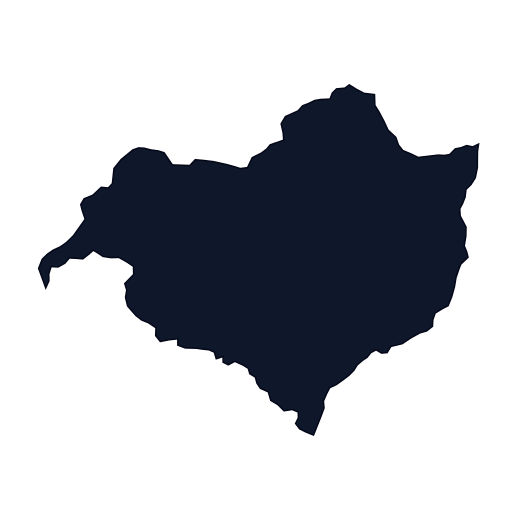 the district of Nova Independência, São Paulo, Brazil, rotated 3°
{"feature_id": "56859067B6334464866649", "entity_name": "Nova Independência", "entity_type": "district", "adm_level": 2, "iso_a3": "BRA", "parent_name": "Brazil", "parent_adm1": "São Paulo", "projection": "orthographic", "projection_center": [-51.514, -21.141], "detail": "fine", "context": "isolated", "style": "filled", "palette": "ink", "viewbox_px": 512, "rotation_deg": 3, "n_neighbors": 0, "source": "geoboundaries", "source_scale": "gbopen_adm2", "svg_char_len": 2256}
<svg xmlns="http://www.w3.org/2000/svg" viewBox="0 0 512 512"><g transform="rotate(3 256 256)"><path d="M340.2,80.2L336.0,83.7L327.7,84.9L323.7,89.2L321.7,95.4L312.5,96.3L306.6,97.6L300.2,101.1L294.7,103.5L290.4,108.9L278.1,115.2L274.2,122.7L276.7,131.6L277.6,138.9L264.4,144.2L261.1,148.7L256.1,152.9L247.1,158.0L242.9,168.2L235.6,169.5L229.5,167.9L222.2,166.3L208.5,164.0L199.6,163.4L190.3,163.0L185.1,169.1L167.7,169.4L158.8,157.7L153.0,156.2L145.6,155.6L138.6,154.2L133.1,154.2L127.5,156.5L116.3,166.7L109.6,176.0L108.8,191.2L104.9,195.8L97.9,195.5L89.8,203.9L81.4,207.8L78.3,213.8L80.3,220.1L83.5,228.2L72.5,245.5L65.8,252.7L60.0,257.2L53.5,260.6L47.7,265.0L42.7,270.4L39.6,279.7L47.7,298.9L50.5,291.7L50.0,284.8L51.9,277.3L58.9,277.3L65.5,273.2L69.7,267.7L76.9,267.7L83.2,267.9L88.7,263.1L93.2,258.7L98.2,261.4L103.2,264.4L111.1,265.2L119.2,264.6L127.6,268.8L134.2,272.8L134.8,280.8L130.3,286.0L126.4,290.4L128.7,296.7L127.9,304.2L130.4,312.6L134.6,317.0L139.3,321.8L145.4,326.0L151.9,328.2L159.9,332.9L160.0,340.8L164.9,346.4L174.0,344.1L182.3,342.8L182.6,349.1L190.1,351.5L201.1,351.2L207.7,351.8L213.9,352.1L219.4,354.2L221.7,360.7L228.4,358.1L228.7,363.8L234.0,366.1L240.4,362.3L248.8,365.6L254.2,368.6L256.0,373.9L261.7,377.0L263.6,382.9L267.4,388.0L275.4,391.0L278.3,399.4L285.7,403.3L292.1,409.1L300.2,407.4L306.3,409.6L306.8,415.4L304.3,421.2L308.6,426.3L315.0,429.1L322.8,431.8L329.2,412.9L331.9,404.2L330.9,397.4L333.7,389.8L336.5,383.6L342.9,380.2L349.6,374.9L355.2,370.1L359.7,365.0L362.8,359.4L368.0,354.5L372.2,351.4L375.6,346.6L380.8,343.4L386.5,346.4L392.0,345.6L395.4,339.2L406.6,335.9L415.0,329.6L423.6,324.2L430.3,321.9L435.9,317.0L435.9,310.5L437.9,303.6L445.2,298.6L450.4,295.6L453.5,286.6L455.8,276.3L456.8,267.3L459.1,259.0L460.9,253.5L467.8,246.2L466.2,240.9L463.4,235.0L464.5,225.2L464.2,216.1L457.8,205.3L457.0,198.1L459.5,192.9L461.7,186.2L462.2,178.5L467.0,173.3L470.9,166.4L472.4,156.2L472.0,147.2L471.7,139.8L472.4,132.6L466.7,135.7L460.6,134.7L455.3,137.1L449.4,138.6L444.2,144.5L439.0,145.7L432.7,145.7L412.8,149.1L405.5,146.0L397.1,143.0L392.4,137.6L389.4,130.2L381.2,123.3L376.8,114.9L371.2,105.6L366.8,99.3L365.9,88.6L355.3,87.9L347.5,84.3L340.2,80.2Z" fill="#0f172a" stroke="#020617" stroke-width="1.5"/></g></svg>